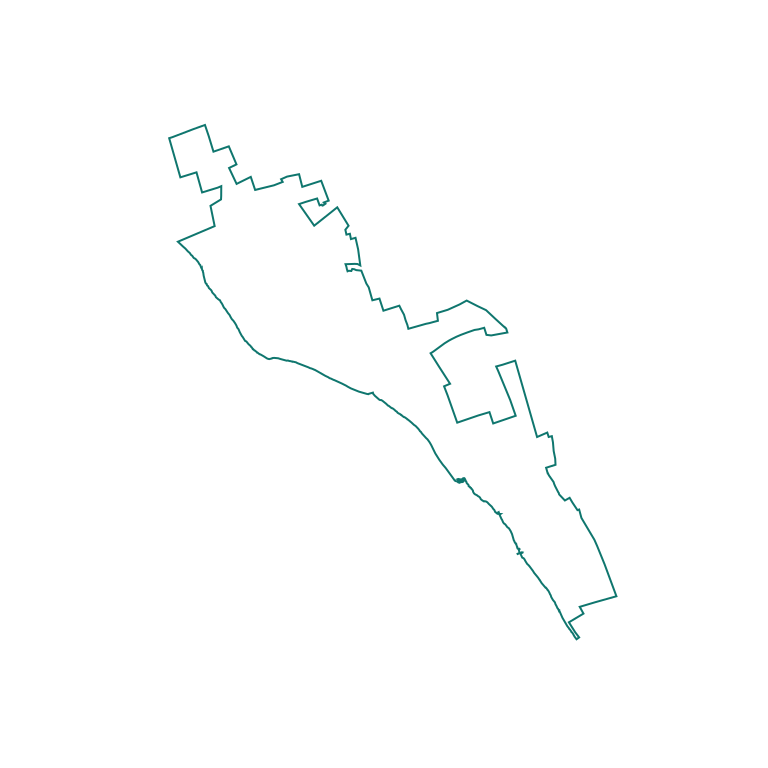 the district of Dzilam de Bravo, Yucatán, Mexico, rotated 247°
{"feature_id": "50627088B84511814526600", "entity_name": "Dzilam de Bravo", "entity_type": "district", "adm_level": 2, "iso_a3": "MEX", "parent_name": "Mexico", "parent_adm1": "Yucatán", "projection": "natural_earth1", "projection_center": [-88.729, 21.441], "detail": "fine", "context": "isolated", "style": "outline", "palette": "teal", "viewbox_px": 768, "rotation_deg": 247, "n_neighbors": 0, "source": "geoboundaries", "source_scale": "gbopen_adm2", "svg_char_len": 6114}
<svg xmlns="http://www.w3.org/2000/svg" viewBox="0 0 768 768"><g transform="rotate(247 384 384)"><path d="M595.5,249.9L589.1,252.7L586.2,254.1L582.7,255.3L580.5,256.4L578.3,256.8L576.9,257.6L574.8,258.0L574.1,258.3L573.2,259.1L572.2,259.6L568.9,260.6L566.2,260.9L565.4,261.3L562.9,261.2L562.8,261.4L562.5,261.2L561.6,261.3L561.8,261.6L561.2,261.4L559.5,261.2L558.9,261.5L557.9,261.1L557.1,261.1L554.1,260.3L547.2,259.2L545.9,259.4L545.5,259.8L543.8,259.7L542.8,260.3L540.8,260.3L538.1,261.5L537.3,261.7L535.3,261.7L531.2,263.2L529.6,263.2L527.3,264.3L525.4,265.4L525.2,265.7L523.1,265.8L521.6,266.2L519.3,266.4L518.0,266.4L516.1,266.7L515.2,267.2L510.2,268.1L508.0,268.8L505.1,269.0L503.1,269.3L501.0,270.1L498.0,270.7L495.4,271.0L493.2,270.9L491.8,271.4L491.0,271.5L488.1,271.5L483.8,271.9L482.5,272.3L477.9,273.0L477.0,273.9L473.5,274.9L471.3,276.0L470.3,276.1L469.4,276.6L467.6,276.8L467.5,277.1L466.8,277.2L466.7,277.4L465.6,277.8L465.4,278.1L462.8,279.5L462.4,279.5L462.2,279.9L460.5,280.8L460.3,281.1L459.6,281.5L459.4,281.9L456.5,284.1L453.1,286.4L452.4,287.2L451.8,288.0L451.4,290.2L451.3,291.0L451.5,291.3L451.0,293.0L449.0,296.7L447.5,298.4L444.2,302.6L443.4,303.7L443.3,304.3L443.1,304.8L442.1,305.9L441.5,307.0L440.3,308.4L440.4,308.6L438.3,311.5L437.1,312.4L428.9,320.9L427.6,322.0L426.6,323.3L424.7,325.2L424.3,325.4L424.0,325.9L414.4,333.2L411.8,335.5L410.7,336.1L409.9,337.1L407.5,339.2L407.0,339.8L400.9,345.4L397.1,348.6L395.9,349.4L392.9,351.8L386.8,357.9L382.1,363.7L381.3,364.7L380.7,365.8L380.9,366.2L380.4,370.4L379.2,370.2L376.7,371.0L371.3,373.6L370.7,374.2L370.2,375.3L369.0,376.1L365.1,378.2L362.5,379.3L362.1,379.8L358.8,381.6L358.4,382.3L356.3,383.5L354.6,384.2L353.5,385.0L352.4,385.2L351.0,386.1L350.4,386.8L348.9,387.5L348.8,387.9L347.6,388.3L345.9,389.3L345.9,389.5L345.6,389.7L345.1,390.2L342.8,391.6L342.3,391.7L342.2,391.9L339.5,393.4L338.9,393.6L338.3,394.0L334.7,395.6L333.0,396.7L329.3,398.1L327.3,398.6L326.4,398.7L325.7,399.2L323.6,399.6L317.6,401.7L316.1,402.4L312.6,403.2L309.4,403.6L300.0,404.1L292.6,405.3L286.9,406.6L282.4,408.0L267.6,411.4L266.9,411.8L266.1,412.7L265.8,413.4L264.6,413.8L263.6,414.8L263.6,415.2L264.6,414.5L264.9,414.5L265.7,413.6L266.0,413.8L266.1,414.1L265.2,415.1L264.2,415.8L264.0,416.5L263.5,416.8L263.1,417.9L263.1,418.6L263.2,418.8L263.4,417.7L264.1,416.8L264.3,416.9L263.8,419.1L263.9,419.6L264.0,419.6L264.1,418.7L264.3,418.2L265.0,417.8L265.4,416.7L267.6,414.6L267.6,415.2L266.0,417.6L265.9,419.4L266.0,420.0L266.3,420.2L266.0,420.9L265.5,420.6L265.1,421.3L264.7,421.2L264.3,421.4L263.9,421.2L263.4,421.4L262.3,421.4L262.0,421.6L260.7,421.4L259.3,421.8L258.6,422.2L257.7,422.3L257.0,422.0L256.0,422.5L255.8,422.8L255.2,422.8L255.0,423.0L254.8,423.0L254.3,423.5L253.3,423.5L252.8,423.9L251.0,424.2L250.1,423.9L248.2,424.1L246.9,424.7L245.3,426.1L244.4,426.5L242.9,427.6L241.9,428.0L240.1,428.1L238.6,428.9L236.8,430.2L236.8,430.9L235.7,432.3L234.5,433.0L232.7,433.6L228.9,435.3L226.2,435.8L225.1,436.3L222.6,436.4L222.0,436.9L221.0,437.2L220.0,438.0L219.7,438.7L220.2,439.1L220.4,438.7L221.0,438.8L221.3,439.0L221.3,439.3L220.5,438.9L220.3,439.3L219.6,439.0L219.3,439.1L219.0,439.6L219.0,440.1L218.8,440.5L218.5,439.3L213.7,439.4L213.1,439.6L210.3,439.6L208.8,439.9L207.4,440.8L204.0,441.6L202.4,442.6L199.2,443.1L195.8,443.2L189.2,442.4L188.3,442.6L187.3,442.5L185.7,442.8L185.7,443.9L185.4,443.2L183.2,442.9L182.1,443.0L181.5,442.7L180.7,442.9L180.4,442.7L179.8,443.1L179.0,443.3L178.9,443.5L179.3,444.1L179.1,444.2L178.8,443.3L176.0,442.9L175.5,442.4L175.5,440.6L175.3,440.6L175.2,444.6L175.2,445.2L174.9,445.6L174.8,445.4L175.1,444.9L174.8,444.6L174.6,444.7L174.6,444.4L175.0,443.3L170.2,443.4L169.1,444.4L167.8,444.8L165.4,445.0L162.4,445.5L160.7,446.3L159.5,446.5L159.4,446.0L159.4,446.7L153.6,448.1L151.5,448.4L145.4,450.2L142.6,450.7L142.6,450.8L141.8,450.9L139.2,451.3L133.4,453.1L133.4,453.4L132.6,453.7L130.8,454.1L130.3,454.1L130.0,454.4L127.5,454.7L125.6,454.7L124.4,454.9L122.5,454.7L119.3,455.1L116.2,456.0L114.1,455.8L112.8,456.0L109.7,456.1L109.1,456.4L108.2,456.4L107.5,456.9L107.0,456.4L106.9,456.4L107.1,456.7L106.9,456.8L99.1,456.9L89.5,458.1L86.9,458.8L86.2,458.8L85.4,459.2L82.9,459.7L82.5,459.6L81.8,460.0L80.9,460.3L77.0,460.7L73.8,461.5L74.5,464.6L80.7,463.0L92.4,461.1L94.7,477.9L102.4,477.1L100.6,493.1L97.8,515.0L131.8,516.6L151.7,516.9L158.4,516.8L183.6,513.4L192.2,514.6L192.3,512.8L201.4,511.1L206.7,510.4L206.1,505.0L213.6,502.2L214.3,502.1L215.5,502.3L216.2,502.1L223.0,501.6L225.6,501.6L227.5,501.8L235.5,500.1L238.0,500.0L238.0,499.8L243.6,500.5L242.6,510.3L248.3,512.4L256.0,514.0L264.2,516.7L270.4,518.1L270.9,514.9L275.5,515.3L275.4,504.2L354.2,513.9L355.4,500.7L356.3,494.1L351.2,494.2L319.9,493.9L303.3,492.8L305.0,469.1L316.9,470.1L318.2,458.5L319.8,436.3L348.8,438.1L358.4,438.4L358.4,444.9L378.1,441.5L394.1,438.9L394.4,441.2L394.9,443.5L397.8,455.7L398.6,460.9L398.9,464.2L399.2,469.2L399.2,474.0L398.9,480.9L398.4,488.4L397.4,492.3L396.8,496.5L396.6,498.2L389.2,497.5L386.8,501.7L383.2,517.7L387.4,518.1L389.1,517.4L389.0,517.2L400.6,511.9L412.1,506.8L419.2,500.5L428.5,492.7L427.7,484.7L427.4,471.7L428.6,460.5L421.1,458.3L421.8,453.5L422.3,449.6L423.0,446.2L425.3,428.0L429.3,428.6L434.4,428.8L440.0,429.5L446.2,428.9L450.1,428.7L451.7,412.1L464.4,413.2L465.6,406.0L478.9,407.7L483.4,407.0L497.2,407.4L499.7,402.9L501.3,401.4L502.3,399.7L500.8,398.1L502.0,395.8L502.0,394.5L504.1,394.7L506.6,395.2L509.3,395.4L506.0,404.0L504.8,406.5L502.4,408.5L518.1,412.8L529.7,414.9L530.3,410.2L535.6,411.3L536.2,407.8L541.1,408.7L543.5,413.2L564.9,410.0L557.0,381.6L582.8,376.1L582.2,383.3L580.9,394.9L573.6,394.5L573.4,396.8L572.3,397.0L572.2,397.6L572.8,400.4L573.7,399.8L574.6,399.5L574.4,404.7L595.6,405.6L597.4,385.8L610.3,387.8L612.8,375.8L612.7,369.3L609.6,369.7L609.9,360.3L613.0,341.2L626.7,342.3L625.8,326.5L643.4,325.8L643.8,334.0L663.4,334.0L664.5,317.8L680.5,319.5L692.4,320.4L693.1,307.7L693.9,285.7L694.2,282.3L653.8,277.3L652.1,294.1L631.4,291.4L629.7,307.7L629.7,311.5L620.7,307.6L617.6,306.1L615.8,293.9L595.5,289.8L595.5,249.9Z" fill="none" stroke="#0f766e" stroke-width="2"/></g></svg>